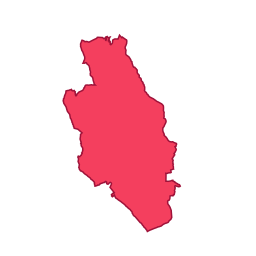 outline of Zimbor, Salaj, Romania, rotated 221°
{"feature_id": "2599482B6339690453814", "entity_name": "Zimbor", "entity_type": "district", "adm_level": 2, "iso_a3": "ROU", "parent_name": "Romania", "parent_adm1": "Salaj", "projection": "orthographic", "projection_center": [23.305, 46.975], "detail": "fine", "context": "isolated", "style": "filled", "palette": "rose", "viewbox_px": 256, "rotation_deg": 221, "n_neighbors": 0, "source": "geoboundaries", "source_scale": "gbopen_adm2", "svg_char_len": 5755}
<svg xmlns="http://www.w3.org/2000/svg" viewBox="0 0 256 256"><g transform="rotate(221 128 128)"><path d="M220.3,164.1L220.1,163.3L219.5,162.1L219.4,161.5L219.0,160.4L218.7,160.0L217.9,159.3L217.5,158.6L215.6,157.5L213.8,156.3L212.1,155.8L208.7,153.9L207.7,153.5L207.2,153.1L206.2,152.0L205.5,150.6L205.3,149.5L204.8,148.6L204.5,147.4L203.2,148.5L202.7,149.7L202.1,149.9L200.8,149.4L200.3,149.5L198.9,149.5L198.1,149.3L196.0,147.9L195.0,146.9L193.7,146.2L192.7,145.3L192.4,144.9L192.3,144.4L191.0,143.1L188.1,143.0L187.2,142.5L185.4,141.0L183.8,140.1L182.2,138.9L181.0,138.9L183.2,137.0L183.8,136.8L185.9,134.4L187.0,133.7L188.0,132.6L188.1,132.0L187.5,130.2L187.4,129.9L187.6,129.5L187.3,129.1L186.9,127.0L186.9,126.6L188.7,122.7L188.6,122.1L188.8,120.7L188.7,120.0L188.2,118.9L188.3,118.3L188.6,118.1L189.0,118.5L189.5,118.5L189.7,118.9L191.0,120.0L191.4,120.1L191.6,120.7L191.9,120.6L193.3,121.0L193.7,120.0L194.7,119.5L195.1,119.5L195.5,119.9L196.1,120.0L196.4,119.1L196.9,118.6L197.2,117.8L198.4,116.4L199.1,115.3L198.1,113.9L197.6,112.8L197.4,111.9L197.1,111.2L197.1,110.9L196.6,110.1L196.4,109.4L195.8,108.8L195.8,107.6L195.4,107.3L195.0,106.3L194.9,106.2L194.8,106.4L193.7,105.3L192.6,104.5L189.2,103.5L188.2,103.1L186.3,101.8L184.6,100.8L180.9,100.0L177.9,97.6L176.5,97.3L175.7,96.7L174.5,96.1L174.1,95.6L173.0,95.3L172.3,94.6L171.1,94.3L170.1,93.4L169.8,93.4L168.4,92.5L165.1,94.2L159.5,94.2L159.6,92.0L159.3,91.7L158.6,90.8L156.9,88.2L154.8,86.9L154.4,86.8L154.2,86.4L153.7,86.2L153.4,85.2L152.9,85.4L152.6,84.9L152.1,84.6L151.8,84.0L151.4,83.8L149.7,83.4L149.0,83.1L147.4,81.4L147.3,80.9L146.8,80.2L146.7,79.4L146.4,79.1L146.5,78.8L145.8,78.6L145.9,78.2L145.8,77.8L145.7,77.2L145.4,76.7L145.7,75.7L145.6,74.7L146.2,74.2L146.9,74.3L147.1,74.0L146.7,73.1L145.1,72.3L143.6,69.9L140.7,68.5L139.8,66.9L139.3,66.3L139.3,66.0L138.3,65.6L138.0,65.1L135.8,64.5L135.5,64.5L135.1,64.9L133.5,65.1L133.1,65.3L131.6,65.0L130.4,65.0L127.6,65.4L126.9,65.2L123.8,65.5L122.1,65.0L120.8,65.3L118.3,65.1L117.4,64.7L117.3,64.4L116.8,63.9L116.6,63.9L115.8,63.1L115.1,63.0L114.8,62.5L114.4,62.9L113.5,64.4L113.4,65.1L112.5,65.8L112.3,66.8L112.3,67.2L112.5,67.5L112.4,67.8L111.4,69.3L110.9,70.4L110.3,71.0L110.3,71.4L110.0,71.6L110.0,72.6L109.9,72.9L109.7,73.1L108.5,73.1L108.4,73.0L108.4,72.6L107.7,72.1L107.2,72.0L106.7,72.2L106.2,72.5L106.1,73.0L106.0,75.0L105.7,75.4L104.9,75.5L104.2,75.4L103.7,74.8L102.6,71.4L95.9,70.2L96.0,69.1L96.5,69.2L96.8,66.9L95.8,66.6L95.8,66.0L95.0,65.9L94.9,66.3L94.5,66.2L94.2,68.5L93.5,68.0L91.3,67.1L89.6,67.4L88.1,67.4L85.1,67.8L83.7,67.8L81.3,68.0L80.2,67.9L79.2,68.0L78.0,67.6L77.3,67.8L75.9,67.8L75.2,67.6L72.8,67.9L71.7,67.5L70.5,67.5L69.7,67.2L69.0,66.5L67.8,66.2L66.8,65.7L65.3,65.6L64.6,65.8L56.7,64.6L56.0,64.8L55.0,64.8L53.7,64.3L52.0,64.1L51.0,63.7L49.0,63.7L47.7,63.3L46.7,63.2L45.5,62.6L44.5,65.2L44.0,66.1L42.4,69.3L41.0,71.8L40.6,72.8L40.5,73.2L40.0,73.5L38.6,75.9L38.2,78.4L37.2,80.7L36.6,81.5L35.8,83.1L35.8,83.7L36.1,85.0L35.7,87.1L36.3,89.2L41.4,94.2L44.2,95.7L45.8,96.3L47.7,96.7L48.6,97.2L50.1,98.8L50.1,99.8L49.6,100.3L49.8,101.4L50.0,102.0L51.7,104.3L50.7,105.6L49.6,106.3L49.5,106.5L50.0,107.5L49.4,108.0L50.0,109.1L50.3,109.5L50.8,110.7L51.8,111.1L51.9,111.3L52.6,113.0L53.4,114.0L53.8,114.0L54.1,114.3L54.6,115.2L54.4,115.6L54.0,115.6L51.3,116.8L51.1,117.2L50.7,117.5L50.5,117.8L50.4,118.4L52.0,119.0L53.1,118.3L54.1,118.5L54.6,118.1L55.6,118.1L56.6,117.7L57.1,117.8L57.1,118.0L57.6,118.1L58.5,117.6L59.1,117.7L59.5,117.4L59.9,117.9L60.4,117.4L61.0,116.1L62.5,114.3L64.5,112.7L68.0,116.9L69.3,118.3L69.7,118.6L68.7,119.3L68.3,120.2L67.8,120.9L66.5,122.2L66.3,122.8L68.2,124.3L66.7,126.9L67.0,127.0L68.3,128.5L69.6,129.4L70.0,130.0L70.1,130.5L71.1,130.7L71.3,131.3L72.4,132.2L72.4,132.8L72.6,133.1L73.6,133.4L73.7,133.7L74.4,133.7L74.6,134.2L74.7,135.2L74.9,136.4L74.9,137.0L75.3,137.6L75.1,138.3L75.7,138.8L76.5,138.9L76.6,140.1L76.6,140.9L76.8,141.1L77.0,142.4L77.5,143.4L77.9,143.7L80.3,144.7L79.9,145.5L79.8,145.9L80.4,146.5L80.6,147.5L81.3,148.1L84.1,147.1L85.2,147.0L86.2,145.9L87.7,145.1L88.3,145.0L89.7,145.0L91.3,145.6L93.2,146.1L95.5,146.1L96.2,146.3L96.5,147.0L99.5,148.4L101.0,149.9L101.3,150.5L101.7,150.8L101.8,152.7L102.5,154.7L102.7,155.8L103.2,157.3L103.8,158.2L105.3,159.1L106.1,159.3L107.4,158.9L107.9,159.5L108.1,160.2L110.0,162.1L110.9,163.4L112.7,164.4L114.4,166.5L115.7,167.8L116.5,168.1L118.4,168.3L122.5,167.4L123.0,167.2L124.2,166.9L125.3,167.0L126.1,166.8L127.9,166.7L131.8,165.7L133.9,165.8L134.9,166.3L136.0,166.1L137.5,166.8L138.7,166.6L140.2,167.1L140.5,167.8L142.3,169.9L143.1,170.2L144.6,171.3L145.7,171.3L146.6,172.2L149.0,172.5L149.7,173.0L150.0,173.5L150.9,173.9L152.9,173.7L154.1,175.2L156.0,175.4L157.1,175.7L157.7,176.1L159.1,177.8L159.9,177.8L160.8,178.1L161.8,178.0L162.5,178.3L163.2,178.1L163.7,177.6L165.0,178.1L167.1,179.4L167.8,179.9L168.5,180.6L169.8,180.6L170.5,181.2L171.2,181.5L174.0,182.3L177.2,182.0L178.2,182.3L179.8,184.2L180.3,185.1L180.7,185.5L182.4,186.3L183.3,187.3L183.7,188.8L184.5,190.9L185.9,192.8L186.6,193.4L187.2,193.5L188.1,193.1L189.0,193.3L189.5,193.1L191.9,192.9L191.9,192.1L195.3,192.5L193.9,188.7L195.0,187.7L196.4,186.5L197.2,184.6L196.9,183.9L195.7,182.2L195.4,181.5L195.6,179.6L195.9,179.5L196.6,179.6L197.0,180.5L197.6,180.8L198.0,181.3L198.3,180.8L198.6,180.6L199.0,181.0L198.6,181.3L199.5,181.9L199.5,181.1L200.0,180.9L200.4,181.5L201.2,184.7L202.1,183.2L203.0,183.1L203.7,183.4L204.1,182.7L202.3,180.4L202.1,179.6L202.4,179.5L203.1,180.1L203.9,181.2L204.4,181.4L204.3,180.5L205.0,179.5L206.5,179.6L210.0,176.9L210.6,176.3L210.5,176.1L210.6,174.8L211.6,172.6L211.6,172.4L211.8,172.1L213.8,167.1L215.3,166.6L216.0,166.0L216.4,165.9L217.0,164.9L218.6,164.8L220.3,164.1Z" fill="#f43f5e" stroke="#9f1239" stroke-width="1.5"/></g></svg>